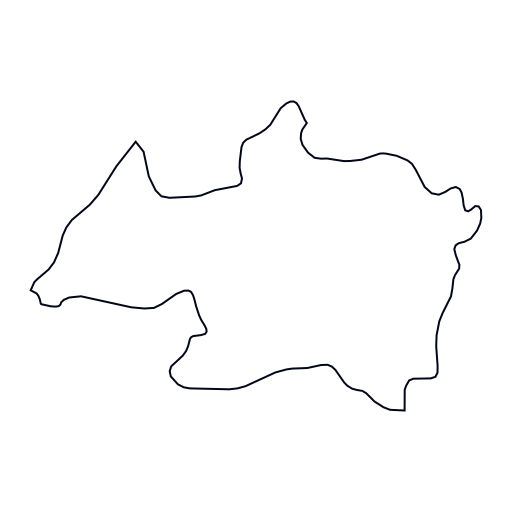 an SVG outline of Bordj Bou Arréridj
{"feature_id": "DZA-2207", "entity_name": "Bordj Bou Arréridj", "entity_type": "Province", "adm_level": 1, "iso_a3": "DZA", "parent_name": "Algeria", "parent_adm1": "", "projection": "natural_earth1", "projection_center": [4.728, 36.101], "detail": "fine", "context": "isolated", "style": "outline", "palette": "ink", "viewbox_px": 512, "rotation_deg": 0, "n_neighbors": 0, "source": "natural_earth", "source_scale": "10m", "svg_char_len": 2130}
<svg xmlns="http://www.w3.org/2000/svg" viewBox="0 0 512 512"><path d="M306.8,123.0L302.3,129.6L301.1,133.2L300.7,138.8L302.5,144.9L308.0,152.6L314.6,157.8L321.2,158.7L326.9,158.5L343.9,161.1L350.1,161.0L361.7,159.7L379.8,153.6L383.1,153.4L385.9,153.6L396.7,155.8L407.5,160.4L411.9,163.8L415.7,169.7L424.7,187.0L431.7,193.3L438.8,194.7L445.1,192.0L450.6,188.5L455.8,187.0L459.7,189.0L461.6,192.6L462.9,198.8L463.6,205.2L465.2,210.3L468.2,211.3L471.2,209.5L475.2,206.1L478.6,206.4L481.0,210.0L481.3,218.0L480.2,223.5L477.1,230.5L470.8,238.6L464.4,241.8L458.7,243.2L455.6,245.4L454.3,249.1L455.8,255.3L459.4,264.9L459.1,268.7L455.0,275.1L453.4,279.3L452.4,288.4L451.0,296.4L442.6,313.1L439.3,321.3L436.6,335.1L436.2,346.1L437.6,366.0L437.5,372.7L435.4,376.8L430.7,378.4L413.4,378.7L409.2,380.4L406.2,385.6L404.7,389.7L404.6,410.5L390.0,409.8L383.4,407.2L374.5,401.5L366.1,393.1L362.4,390.9L356.5,389.9L352.0,388.6L347.3,385.7L344.1,382.4L335.4,369.9L331.7,366.5L327.6,364.8L321.2,365.0L307.4,368.0L292.1,368.6L286.6,369.4L275.2,372.5L245.5,386.2L237.4,388.4L229.3,389.3L190.1,388.4L183.7,387.3L177.9,384.3L170.8,376.4L169.7,371.2L171.2,366.4L182.8,355.6L186.1,351.0L188.1,346.2L190.0,338.8L191.2,337.2L193.2,336.1L200.9,335.1L205.1,333.9L206.6,331.8L206.3,328.9L204.7,325.6L201.0,319.5L199.1,315.3L196.2,306.5L194.1,298.3L192.9,295.0L191.1,291.9L188.6,290.6L184.1,290.7L176.3,293.9L161.9,304.0L154.0,307.9L144.3,308.5L131.3,307.3L81.0,296.3L69.2,297.5L63.9,299.8L61.2,302.3L60.6,304.2L60.2,304.8L58.7,306.1L55.9,306.6L50.7,306.3L41.3,304.2L40.8,303.6L39.8,299.3L38.5,296.1L36.7,293.5L30.7,290.3L34.3,282.2L36.8,279.6L48.6,269.5L54.0,262.4L58.2,252.9L62.7,235.6L66.3,227.5L71.8,220.0L89.7,204.8L98.3,194.9L116.5,166.1L135.7,141.7L143.6,151.8L148.8,176.4L155.6,190.4L161.4,196.3L169.5,197.8L195.3,196.5L201.2,195.4L214.8,190.2L237.2,185.9L241.0,183.3L242.0,178.5L240.6,173.2L239.6,167.8L239.8,161.2L241.5,147.1L243.2,142.7L246.3,139.7L259.5,133.3L265.6,129.2L270.2,124.9L280.7,108.2L286.4,103.4L290.3,101.6L293.8,101.5L296.5,103.1L298.7,106.2L304.5,119.2L305.2,120.5L306.8,123.0Z" fill="none" stroke="#020617" stroke-width="2"/></svg>